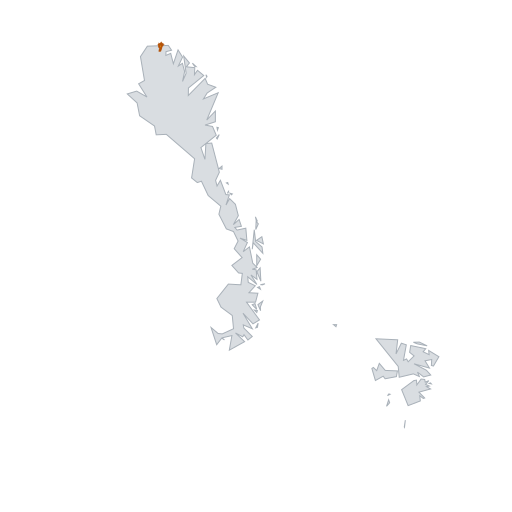 Eigersund nor, Rogaland, Norway (highlighted), rotated 136°
{"feature_id": "86288312B23516572714138", "entity_name": "Eigersund nor", "entity_type": "district", "adm_level": 2, "iso_a3": "NOR", "parent_name": "Norway", "parent_adm1": "Rogaland", "projection": "orthographic", "projection_center": [6.003, 58.503], "detail": "fine", "context": "in_parent", "style": "filled", "palette": "amber", "viewbox_px": 512, "rotation_deg": 136, "n_neighbors": 0, "source": "geoboundaries", "source_scale": "gbopen_adm2", "svg_char_len": 5848}
<svg xmlns="http://www.w3.org/2000/svg" viewBox="0 0 512 512"><g transform="rotate(136 256 256)"><path d="M286.9,245.8L277.9,253.0L280.3,255.9L279.9,266.0L267.1,264.5L266.6,276.4L258.5,279.2L255.2,289.2L258.5,296.1L253.7,311.8L246.7,316.3L248.4,332.7L243.3,347.7L247.2,349.6L248.1,356.9L232.6,368.6L236.0,405.8L243.6,412.5L238.7,420.0L242.3,437.7L235.2,448.7L236.0,462.0L227.3,457.5L224.0,446.1L220.8,461.4L214.3,459.7L200.6,479.7L188.4,482.4L172.8,468.4L173.8,462.7L178.8,465.5L181.5,462.9L176.6,461.0L181.9,451.7L168.9,458.4L170.7,450.1L179.9,446.6L175.1,445.7L179.2,438.3L187.6,432.6L179.3,436.0L169.1,450.1L169.8,441.1L174.7,440.5L169.2,434.0L174.3,429.2L169.1,430.2L168.2,422.1L187.9,423.8L193.2,418.5L169.2,419.1L171.5,413.2L167.7,405.3L177.9,407.2L184.7,405.5L169.8,399.7L197.0,388.0L184.5,388.5L192.0,380.8L201.7,385.6L197.3,379.4L200.7,370.5L220.3,372.3L225.6,361.0L213.9,371.7L209.4,368.0L224.2,341.7L232.5,338.5L235.4,333.4L229.0,335.2L235.0,321.1L232.7,318.5L242.2,313.5L235.1,315.6L234.9,307.5L240.7,297.3L250.5,294.3L242.8,294.0L245.9,287.5L251.4,291.3L251.6,287.8L244.0,283.1L251.7,273.6L255.1,280.0L252.8,271.7L262.2,268.0L254.4,267.1L263.3,253.1L263.2,246.9L267.9,249.1L265.5,246.0L271.5,238.5L272.8,245.9L275.1,234.9L276.4,246.8L279.9,242.4L277.2,235.1L286.6,234.5L280.5,227.9L288.4,223.1L294.9,229.4L297.9,207.6L305.3,209.3L305.1,223.9L309.2,206.2L313.0,215.3L314.8,212.6L314.6,200.7L320.2,201.2L319.3,207.7L321.7,207.1L324.2,214.9L323.7,202.3L340.6,206.8L328.6,215.5L337.4,220.8L345.9,219.5L338.0,235.8L337.1,226.6L334.4,223.4L322.7,219.3L314.4,229.7L316.7,243.5L313.7,252.6L295.4,255.0L286.9,245.8ZM213.0,49.0L219.4,52.6L220.5,60.3L222.2,55.8L224.7,61.9L237.2,69.3L230.4,77.8L227.2,113.1L212.3,97.3L223.3,88.3L212.0,92.3L209.6,87.7L222.4,78.5L219.2,77.4L220.0,74.2L211.7,74.3L212.4,80.0L206.9,84.1L198.3,71.4L202.3,71.0L200.0,64.8L197.4,68.1L194.4,56.5L204.8,53.6L205.9,55.4L201.5,59.5L207.2,63.2L209.1,54.9L217.2,68.7L212.8,55.5L213.0,49.0ZM222.8,39.1L233.4,44.9L233.3,36.7L234.6,37.3L235.3,41.7L238.5,37.6L250.5,42.7L244.1,58.7L228.9,56.7L226.8,55.2L229.9,51.5L222.7,52.8L220.4,50.0L221.9,47.7L218.3,46.3L223.2,45.9L221.7,42.1L224.1,43.6L222.8,39.1ZM238.8,71.7L248.4,78.0L248.0,81.2L256.6,83.5L250.8,94.6L249.0,94.3L248.8,89.7L241.9,93.1L242.5,83.9L234.1,75.1L238.8,71.7ZM248.8,267.4L254.0,263.5L239.0,276.1L246.2,266.7L245.4,258.3L249.2,253.2L248.8,267.4ZM254.9,250.5L262.2,248.5L254.6,256.4L254.9,250.5ZM261.3,244.6L270.0,234.5L266.3,244.1L261.3,244.6ZM195.3,72.5L201.1,80.9L202.7,84.6L198.3,80.6L195.3,72.5ZM242.3,259.6L244.8,266.9L238.4,265.8L242.3,259.6ZM290.7,213.5L288.4,219.7L282.5,218.9L288.3,216.3L290.7,213.5ZM292.5,217.1L292.6,223.6L289.8,222.5L292.5,217.1ZM232.0,277.5L237.8,275.2L231.9,280.8L232.0,277.5ZM268.1,30.0L262.6,34.2L268.2,29.6L268.1,30.0ZM261.8,57.6L266.5,57.2L260.5,60.4L261.8,57.6ZM301.1,206.2L304.5,203.7L306.1,204.5L301.1,206.2ZM294.7,214.8L294.8,218.3L292.9,215.8L294.7,214.8ZM275.9,229.0L276.7,232.3L274.8,231.5L275.9,229.0ZM247.6,149.6L247.9,152.8L245.7,150.6L247.6,149.6ZM258.4,64.2L256.2,64.5L255.6,63.4L258.4,64.2ZM220.2,342.0L221.8,344.6L218.0,344.3L220.2,342.0ZM268.8,229.8L271.2,230.6L272.8,232.3L268.8,229.8ZM218.7,42.2L219.9,44.1L218.6,43.5L218.7,42.2ZM202.5,368.4L198.1,368.9L202.6,367.1L202.5,368.4ZM196.3,373.3L194.7,375.7L193.9,374.5L196.3,373.3ZM231.0,281.7L229.2,284.6L230.9,279.9L231.0,281.7ZM168.4,435.1L167.8,438.9L167.5,433.9L168.4,435.1ZM231.1,319.2L229.9,317.1L231.2,317.1L231.1,319.2ZM337.0,217.5L337.6,220.2L337.3,219.8L337.0,217.5ZM232.4,321.2L230.1,321.9L232.9,320.6L232.4,321.2ZM226.1,327.0L226.5,329.1L225.3,328.5L226.1,327.0ZM167.3,418.9L166.1,421.2L166.4,419.3L167.3,418.9Z" fill="#d9dde1" stroke="#a8b0b8" stroke-width="1"/><path d="M176.2,473.3L176.2,473.5L176.2,473.4L176.3,473.4L176.5,473.4L176.5,473.5L176.4,473.4L176.3,473.5L176.5,473.6L176.4,473.6L176.5,473.7L176.8,473.6L177.0,473.6L177.4,473.5L177.5,473.6L177.7,473.4L177.7,473.7L177.8,473.7L177.7,473.7L177.6,473.8L177.7,474.0L177.7,473.9L177.8,473.8L177.7,474.0L177.7,474.3L177.7,474.6L177.8,474.6L177.9,474.4L177.9,474.2L177.9,474.3L178.0,474.5L177.9,474.6L177.8,474.8L178.0,474.9L177.9,475.0L178.0,475.0L178.1,475.3L178.1,475.2L178.1,475.3L178.3,475.4L178.3,475.5L178.3,475.4L178.3,475.5L178.3,475.4L178.5,475.2L178.4,475.3L178.5,475.3L178.5,475.5L178.6,475.4L178.6,475.5L178.8,475.5L178.7,475.5L178.8,475.6L178.7,475.6L178.8,475.6L178.9,475.8L179.0,475.8L179.1,475.7L179.2,475.4L179.2,475.2L179.3,475.1L179.6,475.0L179.7,474.8L179.8,474.6L179.7,474.3L179.8,474.3L179.9,474.1L180.2,474.2L180.3,474.1L180.4,473.9L180.5,473.8L180.4,473.5L180.4,473.4L180.5,473.4L180.6,473.5L180.7,473.2L180.8,473.1L180.8,472.9L180.8,472.6L180.7,472.5L180.6,472.4L180.5,472.2L180.6,471.9L180.9,471.6L181.4,471.4L181.7,471.5L181.9,471.5L182.0,471.3L182.2,471.1L182.5,471.1L183.0,470.7L182.8,470.5L182.9,470.4L182.7,470.2L182.3,470.0L182.1,470.2L181.9,470.3L181.9,470.2L181.6,470.3L181.1,470.4L181.0,470.7L181.0,470.8L181.0,471.0L180.2,471.0L179.9,471.2L179.6,471.3L179.4,471.4L179.2,471.5L178.9,471.8L178.9,472.0L178.7,472.0L178.4,472.1L178.4,472.3L178.3,472.5L178.2,472.5L177.9,472.5L177.6,472.5L177.6,472.4L177.1,472.2L176.9,472.3L176.7,472.4L176.5,472.5L176.4,472.5L176.5,472.6L176.4,472.7L176.3,472.8L176.2,473.0L176.2,473.3ZM177.4,473.6L177.0,473.7L176.9,473.8L176.6,473.9L176.6,474.0L176.7,474.3L176.5,474.5L176.6,474.4L176.6,474.5L176.7,474.4L176.8,474.4L176.7,474.3L176.8,474.3L176.8,474.2L176.7,474.0L176.8,474.0L176.8,473.9L177.0,473.9L177.1,474.0L177.1,474.3L177.3,474.4L177.2,474.4L177.2,474.5L177.3,474.5L177.5,474.7L177.4,474.7L177.4,474.8L177.4,474.7L177.5,474.7L177.5,474.8L177.5,474.7L177.6,474.4L177.6,474.2L177.5,473.9L177.6,474.0L177.6,473.9L177.5,473.7L177.4,473.6L177.4,473.6ZM176.6,474.0L176.4,474.1L176.3,474.3L176.5,474.2L176.6,474.0Z" fill="#f59e0b" stroke="#b45309" stroke-width="1.5"/></g></svg>